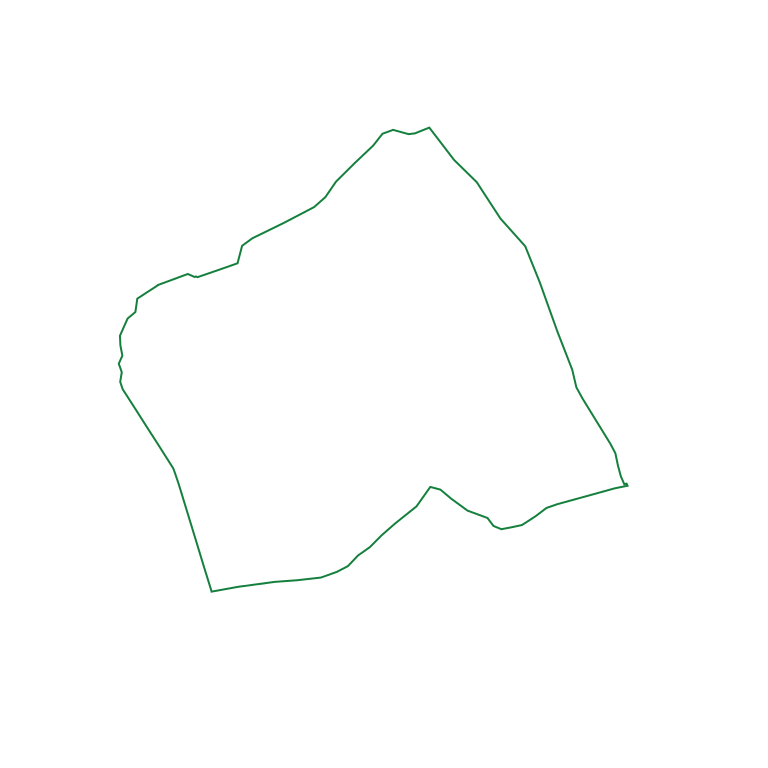 the district of Um Durein, South Kordufan, Sudan, rotated 111°
{"feature_id": "16777658B25432504907328", "entity_name": "Um Durein", "entity_type": "district", "adm_level": 2, "iso_a3": "SDN", "parent_name": "Sudan", "parent_adm1": "South Kordufan", "projection": "equal_earth", "projection_center": [30.166, 10.926], "detail": "fine", "context": "isolated", "style": "outline", "palette": "green", "viewbox_px": 768, "rotation_deg": 111, "n_neighbors": 0, "source": "geoboundaries", "source_scale": "gbopen_adm2", "svg_char_len": 1390}
<svg xmlns="http://www.w3.org/2000/svg" viewBox="0 0 768 768"><g transform="rotate(111 384 384)"><path d="M372.7,630.6L372.9,630.5L383.3,638.1L384.7,639.1L392.7,644.9L399.7,643.3L405.9,641.9L414.7,646.8L425.4,647.4L433.6,647.8L442.5,643.9L451.3,638.4L460.1,638.9L465.2,634.5L465.6,634.2L467.1,633.0L474.9,631.4L476.6,631.0L482.5,626.1L497.8,605.3L504.9,595.7L512.8,585.0L520.4,574.6L538.3,550.5L540.1,548.9L548.2,542.1L551.0,539.8L597.7,503.3L618.4,487.2L637.3,472.3L637.5,472.2L639.0,471.0L639.4,470.6L639.6,470.5L625.5,447.3L607.9,415.1L598.3,394.7L587.3,373.5L576.2,360.6L566.9,352.4L553.4,346.8L541.3,338.7L526.1,332.0L510.0,323.5L486.6,309.8L463.5,303.9L462.4,293.5L467.1,279.8L472.3,260.5L472.0,239.4L477.3,230.9L477.5,222.4L472.0,213.5L466.2,204.6L452.8,194.9L441.5,187.9L434.0,179.0L398.5,130.9L391.7,120.2L390.8,121.1L390.1,121.8L391.4,123.8L385.3,129.8L376.1,136.5L365.7,143.2L358.8,151.1L326.4,193.5L318.2,203.2L303.2,213.4L272.7,241.1L233.5,274.8L204.8,301.5L187.8,334.6L162.3,369.8L158.9,377.7L149.7,398.9L141.9,411.6L128.4,433.6L138.9,444.9L141.9,450.5L143.5,466.7L144.2,467.4L144.4,467.6L150.9,475.1L165.2,479.5L188.0,490.4L212.2,501.3L230.5,505.7L243.8,512.6L269.1,534.9L295.1,559.1L305.8,566.0L323.8,564.0L345.1,589.2L351.1,596.4L351.0,598.1L352.0,599.2L351.8,602.0L351.7,604.8L351.6,606.6L371.0,628.7L372.7,630.6Z" fill="none" stroke="#15803d" stroke-width="2"/></g></svg>